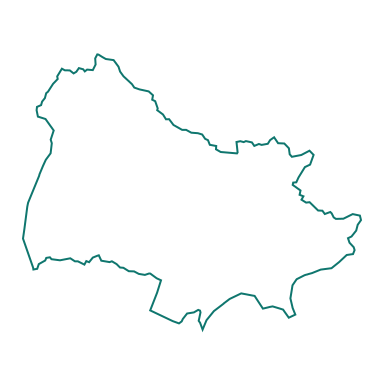 Naguabo, Puerto Rico
{"feature_id": "32010507B83389329504851", "entity_name": "Naguabo", "entity_type": "district", "adm_level": 2, "iso_a3": "PRI", "parent_name": "Puerto Rico", "parent_adm1": "", "projection": "robinson", "projection_center": [-65.745, 18.235], "detail": "fine", "context": "isolated", "style": "outline", "palette": "teal", "viewbox_px": 384, "rotation_deg": 0, "n_neighbors": 0, "source": "geoboundaries", "source_scale": "gbopen_adm2", "svg_char_len": 2522}
<svg xmlns="http://www.w3.org/2000/svg" viewBox="0 0 384 384"><path d="M148.7,91.4L139.5,89.4L134.3,87.6L132.0,84.2L123.5,76.3L120.1,71.6L118.5,66.7L113.6,60.1L105.8,59.0L102.3,57.0L98.5,54.6L97.3,54.4L95.2,58.4L95.6,64.5L92.8,70.1L87.1,69.6L84.8,71.4L83.2,69.3L78.9,68.1L76.3,71.8L73.6,73.4L69.8,70.4L64.8,70.3L61.9,68.7L57.2,76.4L57.7,79.0L53.1,83.8L48.0,91.7L46.2,93.2L44.9,98.1L42.1,101.6L41.1,105.1L37.0,106.9L36.6,110.2L37.9,116.6L45.5,119.0L53.7,130.5L50.7,139.7L51.8,143.2L50.6,153.3L45.8,159.8L43.0,165.9L39.5,174.3L39.1,175.9L28.1,202.7L27.3,206.6L24.4,228.9L23.0,238.6L33.1,267.6L33.4,269.5L37.2,268.8L38.8,264.1L45.2,260.5L46.3,257.9L49.9,257.3L51.5,259.2L60.0,260.3L70.3,258.3L74.9,261.3L77.8,261.3L84.4,264.6L86.3,261.1L89.1,262.2L92.8,257.6L97.2,255.8L98.8,255.3L101.3,260.7L109.6,262.1L111.9,261.3L116.6,264.1L120.0,267.5L123.4,267.8L128.8,271.2L134.1,271.4L138.8,273.9L144.9,274.9L149.1,273.5L150.3,273.6L156.7,278.3L161.0,280.3L157.1,292.7L150.2,310.4L172.7,321.1L179.0,323.4L181.7,321.4L182.8,319.0L187.1,313.5L193.9,312.4L198.2,309.9L200.0,310.6L200.5,312.4L198.7,320.8L200.1,322.8L202.6,329.6L206.5,320.2L213.9,311.1L219.8,306.6L223.7,303.6L223.8,303.4L229.6,299.0L230.8,298.4L231.0,298.3L241.2,293.4L245.5,294.2L252.3,295.5L254.6,295.9L257.4,300.2L262.9,308.6L264.7,308.2L270.0,306.9L272.6,306.4L279.6,308.5L283.1,309.6L284.6,311.8L288.8,317.7L295.3,314.6L292.5,307.6L292.5,307.3L290.4,298.4L291.8,289.8L292.5,285.3L296.1,280.0L296.7,279.2L304.6,275.2L306.2,274.7L307.6,274.4L308.0,274.2L312.0,273.1L320.7,269.6L331.5,268.2L339.1,262.1L346.7,255.0L351.4,254.3L353.0,254.1L354.6,250.1L353.7,247.2L349.5,242.7L348.0,238.2L351.5,236.5L356.2,230.6L357.7,224.8L361.0,220.1L359.9,215.6L352.7,214.1L343.4,218.7L335.9,218.9L333.7,217.4L331.7,213.4L330.3,212.0L324.8,214.0L322.4,210.7L318.1,210.5L309.6,202.2L306.1,202.6L301.5,199.7L303.4,196.3L299.6,194.8L300.5,190.5L292.7,184.9L293.2,182.6L296.3,182.3L298.5,177.5L304.9,167.1L310.1,164.6L313.6,154.9L309.5,150.7L301.3,155.0L291.9,156.8L289.7,154.3L288.9,148.3L287.1,146.4L284.3,143.5L278.1,143.2L274.1,137.3L270.1,140.1L267.8,143.8L261.6,144.9L258.9,144.0L254.3,145.9L251.9,142.4L245.9,141.1L243.7,142.1L240.3,141.2L236.5,142.0L237.6,152.4L237.0,153.4L220.7,152.0L216.0,149.3L216.2,146.0L209.8,144.8L208.0,140.2L205.1,138.8L202.2,134.5L197.9,133.2L191.3,132.7L186.2,129.9L182.2,129.9L173.5,125.0L169.1,119.2L166.0,119.3L163.0,114.5L157.2,110.2L157.7,108.4L155.2,101.2L152.2,99.7L153.0,95.3L148.7,91.4Z" fill="none" stroke="#0f766e" stroke-width="2"/></svg>